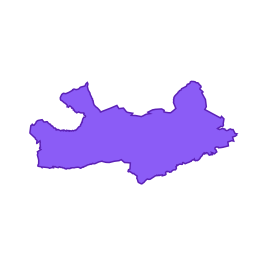 the district of Ogan Ilir, Sumatera Selatan, Indonesia, rotated 67°
{"feature_id": "22746128B50783491652131", "entity_name": "Ogan Ilir", "entity_type": "district", "adm_level": 2, "iso_a3": "IDN", "parent_name": "Indonesia", "parent_adm1": "Sumatera Selatan", "projection": "robinson", "projection_center": [104.638, -3.42], "detail": "fine", "context": "isolated", "style": "filled", "palette": "violet", "viewbox_px": 256, "rotation_deg": 67, "n_neighbors": 0, "source": "geoboundaries", "source_scale": "gbopen_adm2", "svg_char_len": 5841}
<svg xmlns="http://www.w3.org/2000/svg" viewBox="0 0 256 256"><g transform="rotate(67 128 128)"><path d="M177.2,35.3L177.4,32.2L176.9,30.6L175.9,30.6L175.8,30.2L174.9,31.6L170.5,31.9L169.9,33.4L169.2,34.0L169.1,33.9L168.9,34.1L168.8,35.4L169.2,36.6L169.0,38.1L168.3,38.9L167.7,39.3L166.7,39.3L166.3,40.3L165.6,40.7L165.3,41.9L165.3,43.8L165.2,44.3L164.6,45.0L163.5,45.9L163.2,45.0L163.4,44.8L163.1,43.9L163.3,43.6L162.7,42.0L163.6,40.6L163.2,39.6L162.8,39.1L162.3,38.9L161.4,38.8L157.1,36.1L153.8,37.4L154.9,38.8L154.5,39.3L141.0,50.1L139.0,47.6L132.0,45.6L125.2,46.3L124.4,46.2L124.2,45.7L124.1,44.9L122.5,45.5L121.3,46.2L120.4,46.6L119.7,46.3L119.4,46.0L119.2,45.1L119.0,44.9L118.4,44.6L117.5,44.6L115.7,45.5L114.5,45.6L113.6,46.2L113.5,46.7L112.6,47.8L111.8,48.1L110.8,49.4L110.8,49.7L109.9,51.2L109.9,52.5L111.0,53.5L111.1,54.6L111.3,55.1L111.0,55.5L111.0,56.4L112.4,58.0L112.8,63.3L113.9,64.7L113.7,65.9L114.6,67.4L114.6,67.9L115.2,68.5L116.2,71.1L117.0,72.7L117.9,73.8L118.9,74.3L119.5,74.9L120.8,75.3L122.4,76.2L128.7,76.3L129.7,79.3L130.6,82.5L130.5,83.1L129.9,84.5L128.2,87.4L127.2,88.6L126.0,87.9L125.9,88.2L125.2,88.3L123.8,89.4L123.5,89.8L121.5,95.6L120.9,98.3L121.2,103.6L122.4,103.1L123.3,102.2L122.8,104.1L122.4,106.2L122.7,109.4L122.7,111.3L119.6,116.0L117.6,120.1L116.3,117.9L113.3,122.5L112.2,123.2L107.9,124.4L106.6,128.8L102.9,129.4L102.9,136.3L102.6,145.1L102.7,146.6L102.5,147.1L101.0,147.1L97.7,148.3L95.8,149.4L93.5,150.2L91.8,150.1L89.1,149.5L88.5,149.8L87.4,149.3L86.1,149.7L85.5,149.5L82.6,149.7L80.9,149.4L77.4,149.8L73.9,149.2L72.2,147.9L71.4,147.6L70.2,147.7L70.8,149.3L72.5,151.3L71.9,155.5L71.9,156.1L72.7,157.8L72.8,158.7L72.5,160.4L72.1,161.2L71.3,162.1L71.0,162.9L71.1,163.9L71.5,163.9L71.7,165.0L72.1,168.4L72.1,171.8L70.8,174.0L70.9,174.5L71.3,175.9L73.5,178.4L75.0,179.0L76.1,179.0L77.5,177.9L79.9,176.8L80.7,176.1L82.5,175.3L83.7,175.0L84.3,175.6L84.8,175.7L84.9,175.0L85.6,174.7L84.9,172.9L87.1,171.7L87.7,172.0L88.3,171.1L88.7,171.2L89.3,170.9L90.1,171.2L90.2,170.7L91.4,170.6L92.5,170.3L93.1,169.6L93.9,169.4L94.0,168.3L93.9,167.2L95.5,165.8L96.8,163.0L97.3,162.7L97.6,163.1L98.6,163.4L100.1,162.5L100.6,162.5L101.0,163.0L101.2,163.5L101.1,164.1L100.8,164.7L101.6,165.3L102.0,166.1L104.2,167.7L104.7,167.8L104.7,168.5L105.4,168.8L106.2,169.8L106.2,170.2L107.5,170.9L107.8,173.0L109.5,176.2L109.5,176.7L109.7,177.1L109.3,177.3L109.3,179.5L108.6,180.1L108.7,181.2L107.7,182.7L108.0,182.7L108.0,183.4L107.4,183.6L106.3,185.2L106.7,185.3L106.6,186.2L104.9,187.7L105.3,188.0L105.3,188.7L104.7,188.8L104.3,189.4L104.3,191.0L102.0,193.0L102.0,194.0L101.7,194.1L101.7,194.6L101.3,194.5L101.3,194.8L100.9,194.7L99.6,195.0L99.0,196.3L96.9,196.7L96.6,197.2L96.4,197.1L95.8,197.8L94.5,197.9L94.1,198.1L94.1,198.5L91.8,199.7L90.8,199.8L90.2,200.9L90.2,201.9L89.5,203.1L86.8,203.8L85.9,207.8L86.0,208.7L86.3,209.8L87.3,210.8L88.7,213.2L88.7,213.7L88.4,214.0L87.1,214.6L86.6,214.9L88.0,214.8L87.8,216.4L89.0,217.2L93.8,220.0L94.6,220.2L99.8,217.9L100.5,217.4L101.8,217.5L104.0,216.6L106.3,218.0L106.6,217.9L105.5,214.1L106.8,214.3L108.5,215.3L109.5,215.4L110.4,216.0L111.3,216.0L111.5,216.9L112.3,217.4L113.8,216.6L114.5,220.7L115.9,220.7L117.0,221.7L117.7,222.0L121.3,222.5L123.0,222.9L126.1,224.3L127.0,225.4L127.8,225.8L128.5,225.1L129.7,223.2L130.9,222.6L130.5,222.2L130.7,221.6L133.3,216.9L134.4,215.9L134.7,213.4L135.4,212.3L134.1,212.2L134.5,211.2L135.1,211.1L135.2,210.0L135.5,210.0L136.8,208.4L137.3,207.4L137.1,206.5L136.9,206.4L137.4,205.7L137.9,205.5L138.7,203.8L139.3,203.6L139.8,202.5L140.8,201.9L140.9,201.5L141.6,201.0L141.4,199.9L141.9,199.1L142.2,198.1L142.7,197.4L142.4,195.9L142.8,195.6L142.8,194.8L143.7,192.9L143.7,192.3L144.3,190.0L145.1,188.5L145.8,188.1L146.0,187.7L146.4,187.5L146.6,187.1L146.4,186.7L146.3,185.6L146.5,184.8L146.3,184.8L146.3,184.0L146.5,183.8L146.4,181.8L146.5,180.8L146.3,180.5L146.2,179.8L146.5,178.3L146.5,176.9L146.8,176.6L146.8,176.1L147.0,176.0L146.9,175.1L147.3,173.8L147.2,173.8L147.7,173.1L147.9,172.2L147.8,168.2L148.3,165.3L148.5,164.7L148.9,164.5L151.0,161.7L152.4,158.8L153.3,153.4L154.6,148.9L154.5,146.6L158.4,144.7L159.7,142.0L161.1,139.5L166.5,142.2L166.6,143.1L166.6,143.7L167.0,143.8L167.1,144.3L167.6,144.5L167.9,144.9L168.3,144.8L168.6,144.5L168.8,143.2L171.9,141.4L172.1,140.4L172.7,140.3L175.8,138.4L177.9,139.6L178.6,139.4L181.0,139.7L182.1,139.7L184.6,137.6L184.8,136.3L184.3,135.3L184.3,134.6L183.1,132.3L182.5,130.2L183.5,128.8L183.8,127.5L182.7,121.4L183.0,120.6L182.7,119.9L183.3,119.6L183.4,118.0L183.9,118.0L184.1,116.4L184.6,114.8L185.4,115.1L185.8,112.3L185.6,111.4L185.4,111.1L183.7,110.8L183.1,109.6L183.3,109.3L183.3,108.7L183.7,108.5L184.0,107.4L184.5,107.1L184.9,107.1L185.0,106.9L185.3,105.3L184.5,103.9L184.4,103.3L184.1,103.3L184.4,103.2L184.4,102.5L184.8,101.1L185.0,100.9L185.0,100.6L184.2,99.3L183.3,99.0L182.4,99.0L181.9,97.7L181.3,97.7L181.1,97.5L181.2,97.2L181.8,96.8L181.4,95.2L181.7,94.0L182.6,92.5L182.6,92.2L182.3,91.8L181.2,91.2L181.3,90.7L183.2,89.4L183.2,86.5L183.4,85.3L183.2,84.5L183.3,83.0L183.1,83.0L182.8,81.9L182.6,80.9L182.7,80.7L182.6,80.4L183.1,79.9L182.5,79.1L183.9,79.1L184.3,78.9L184.2,78.7L184.5,78.3L184.9,77.0L185.1,76.8L184.9,75.6L184.4,74.2L183.8,73.2L183.1,72.5L182.9,71.6L182.3,70.4L181.3,69.4L181.4,68.6L181.6,68.3L181.0,68.2L180.6,67.6L181.5,67.1L182.0,66.4L181.5,66.1L181.3,65.8L181.4,65.3L181.7,65.1L181.9,64.7L182.3,64.4L183.7,64.3L184.5,63.9L185.0,63.3L185.0,63.0L184.6,62.4L184.7,62.1L185.5,61.2L185.5,60.5L185.1,60.4L183.5,60.7L183.2,60.7L183.3,60.6L183.9,59.7L185.1,58.9L185.6,58.4L184.9,56.7L184.7,55.6L182.5,55.6L181.2,56.2L180.2,55.5L180.0,55.1L180.1,53.7L180.9,52.5L181.5,52.4L181.4,52.0L181.8,51.7L182.2,50.6L182.8,48.3L183.7,42.6L183.2,42.4L180.5,41.7L179.3,41.3L179.8,41.5L180.0,40.6L180.2,37.4L181.4,35.8L177.2,35.3Z" fill="#8b5cf6" stroke="#5b21b6" stroke-width="1.5"/></g></svg>